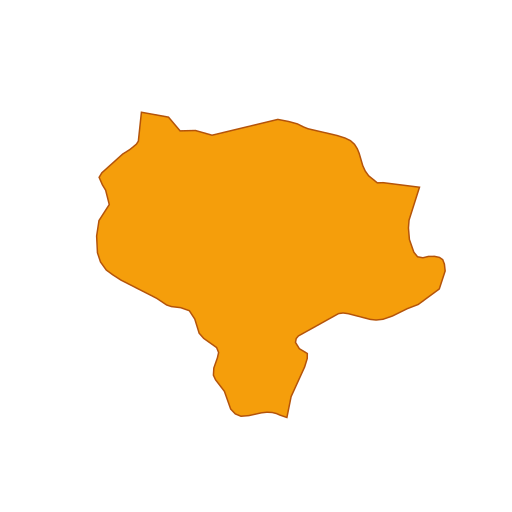 the Union Territory of Delhi, rotated 300°
{"feature_id": "IND-2428", "entity_name": "Delhi", "entity_type": "Union Territory", "adm_level": 1, "iso_a3": "IND", "parent_name": "India", "parent_adm1": "", "projection": "equal_earth", "projection_center": [77.088, 28.657], "detail": "fine", "context": "isolated", "style": "filled", "palette": "amber", "viewbox_px": 512, "rotation_deg": 300, "n_neighbors": 0, "source": "natural_earth", "source_scale": "10m", "svg_char_len": 1289}
<svg xmlns="http://www.w3.org/2000/svg" viewBox="0 0 512 512"><g transform="rotate(300 256 256)"><path d="M323.2,84.9L332.5,110.8L326.4,127.7L334.4,140.8L338.6,157.5L385.2,206.6L388.8,217.0L391.1,225.8L391.5,232.5L392.2,237.4L400.9,266.0L402.7,274.2L403.1,280.2L402.0,285.4L399.5,290.1L396.5,294.0L387.6,303.3L384.2,308.1L381.8,313.4L380.0,324.5L383.1,329.5L397.3,363.2L363.6,370.6L356.5,374.0L347.0,380.6L338.2,390.8L336.1,396.3L337.9,401.4L341.9,405.6L345.0,410.9L346.5,415.6L346.2,419.5L343.2,423.2L337.6,427.3L319.1,431.2L295.1,420.7L286.1,413.4L272.3,404.2L264.7,397.6L260.6,392.0L258.2,386.6L252.2,364.8L250.2,359.9L247.4,356.3L208.0,332.7L204.6,332.1L200.9,333.4L197.4,339.9L197.2,349.2L192.9,351.6L184.2,353.6L151.8,356.7L131.6,363.5L130.2,356.3L129.8,352.6L128.6,348.3L126.2,343.6L122.9,339.1L114.2,329.6L109.7,323.1L108.9,317.0L110.8,310.6L123.0,296.3L128.6,282.8L131.5,278.7L137.9,275.5L148.5,273.5L153.7,271.9L157.0,267.7L158.5,251.9L160.7,245.4L170.8,234.5L175.3,225.6L173.6,216.6L169.9,208.0L168.9,203.1L169.7,191.2L167.6,151.1L168.1,141.2L169.0,133.3L173.1,124.3L179.5,117.1L193.6,108.0L208.2,102.3L227.2,103.2L237.8,92.9L240.9,87.3L245.7,80.8L251.0,80.9L277.7,89.6L285.3,93.6L293.0,96.5L296.6,96.7L323.2,84.9Z" fill="#f59e0b" stroke="#b45309" stroke-width="1.5"/></g></svg>